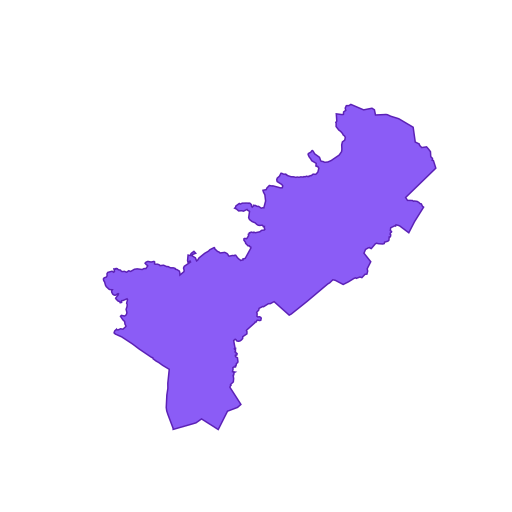 Zvirgzdenes pag., Ciblas, Latvia, rotated 121°
{"feature_id": "27541924B83087939381555", "entity_name": "Zvirgzdenes pag.", "entity_type": "district", "adm_level": 2, "iso_a3": "LVA", "parent_name": "Latvia", "parent_adm1": "Ciblas", "projection": "orthographic", "projection_center": [27.712, 56.569], "detail": "fine", "context": "isolated", "style": "filled", "palette": "violet", "viewbox_px": 512, "rotation_deg": 121, "n_neighbors": 0, "source": "geoboundaries", "source_scale": "gbopen_adm2", "svg_char_len": 6124}
<svg xmlns="http://www.w3.org/2000/svg" viewBox="0 0 512 512"><g transform="rotate(121 256 256)"><path d="M76.3,178.2L64.7,187.6L64.8,203.9L65.0,205.2L66.8,212.5L67.2,216.1L67.7,217.4L73.6,226.2L69.7,229.8L69.6,232.7L75.3,239.0L77.2,252.8L79.2,253.8L80.6,256.0L83.3,255.7L84.9,254.1L87.4,255.1L89.6,254.0L90.5,255.1L92.8,260.4L98.8,256.2L100.4,256.4L100.9,255.7L103.8,254.0L105.4,249.9L105.6,247.7L106.5,244.8L107.3,243.7L107.5,242.0L108.4,240.5L111.0,239.6L113.7,240.7L116.6,239.8L120.2,237.4L122.5,236.4L126.7,236.7L135.4,240.7L138.4,242.8L140.3,245.3L140.5,247.3L141.1,248.6L141.1,249.5L138.7,252.4L138.2,258.3L136.7,261.1L136.6,262.1L136.9,262.3L138.8,262.5L141.2,263.9L142.2,263.6L143.6,261.6L144.8,258.7L145.6,257.4L145.6,252.1L148.0,251.0L148.1,250.5L147.6,250.2L147.5,249.0L148.1,248.3L148.3,247.4L152.2,246.2L154.8,246.7L155.4,247.1L156.4,249.2L158.8,250.1L159.2,251.0L160.7,251.6L160.6,252.0L161.3,252.6L161.5,253.7L162.9,254.8L163.2,255.8L164.0,256.2L165.2,258.5L166.4,259.6L167.1,261.4L168.1,262.3L168.7,264.4L170.0,266.8L170.9,270.7L170.8,271.4L170.5,271.6L170.8,272.3L170.5,272.7L171.6,274.3L171.9,276.7L172.2,277.2L175.5,277.0L178.3,277.9L180.0,277.5L181.3,276.2L181.4,271.0L181.6,270.3L182.1,269.2L183.9,268.6L184.9,269.8L187.2,277.8L187.6,278.0L188.7,280.9L192.2,281.7L193.8,281.4L196.1,283.9L197.4,282.5L199.0,279.9L203.9,276.1L210.7,274.1L210.8,274.7L212.3,276.1L212.1,279.3L212.6,280.0L213.1,281.4L212.9,281.8L213.1,283.0L213.6,283.3L213.8,284.3L214.8,284.0L216.1,284.4L215.6,285.6L214.4,286.4L213.9,288.1L214.2,289.3L214.7,289.6L215.2,290.9L217.8,295.0L219.6,296.2L219.6,297.4L223.4,299.0L225.0,298.6L226.0,298.9L225.8,296.8L226.3,294.1L224.5,291.5L224.0,289.8L220.7,287.7L221.1,286.7L221.1,284.5L227.0,282.0L228.1,280.3L228.5,277.1L228.0,273.7L228.5,271.7L228.5,270.0L227.9,268.5L226.4,266.6L226.5,265.7L227.1,264.8L226.4,264.0L227.3,263.6L228.8,262.1L229.6,262.4L231.1,264.4L233.3,265.2L236.5,268.7L236.6,270.1L237.4,270.4L237.9,272.3L239.5,273.6L239.9,273.2L241.3,273.8L242.5,272.8L245.7,272.9L246.1,273.1L246.7,274.7L247.4,275.2L248.6,274.6L249.8,271.9L250.5,271.4L251.4,267.9L250.7,267.3L250.7,266.8L251.2,266.1L251.0,265.1L251.7,264.5L263.6,264.0L265.3,265.7L265.9,265.1L267.8,266.9L267.5,267.6L267.4,269.5L266.9,271.2L265.8,273.8L266.1,274.5L266.8,274.7L267.7,276.5L269.7,278.6L270.0,279.4L269.0,281.3L268.8,282.3L269.0,284.7L271.9,288.3L271.6,289.8L271.9,291.3L271.1,295.0L270.3,295.8L270.3,296.2L274.4,298.8L276.2,299.2L280.2,301.4L287.1,303.9L289.8,303.9L290.8,304.4L288.8,307.0L288.7,311.1L287.3,311.1L284.7,309.1L284.0,311.6L286.9,312.8L287.9,312.9L289.3,312.3L290.2,314.7L295.2,312.3L296.3,311.2L294.3,309.9L294.9,309.0L301.8,312.2L303.7,311.9L305.3,310.2L306.6,309.7L311.5,311.4L309.2,313.0L308.4,314.0L308.4,317.1L308.9,318.2L308.3,318.8L308.6,320.5L310.2,323.3L310.3,325.8L311.1,327.2L311.5,330.5L313.7,333.3L313.4,334.0L313.5,335.2L313.8,336.4L314.8,337.8L315.0,338.9L313.3,339.8L313.2,340.7L315.2,342.8L316.3,345.9L317.9,347.1L319.3,347.4L320.0,345.3L319.9,344.1L320.3,343.7L323.5,343.9L324.4,345.5L326.2,346.6L328.2,351.2L330.0,353.4L333.8,355.5L334.2,357.5L336.6,358.6L336.9,360.9L337.9,362.1L338.4,363.1L338.2,364.4L337.9,364.9L338.7,367.0L338.3,368.2L338.6,369.2L338.9,369.1L339.3,370.0L339.7,369.8L340.3,371.1L342.0,369.4L343.2,369.6L343.2,371.6L346.4,374.6L348.0,374.6L349.5,373.5L351.1,373.4L352.9,374.9L354.3,375.0L355.7,373.7L355.9,372.8L358.7,369.8L359.4,368.5L360.2,364.7L360.0,363.8L358.9,361.7L360.4,361.7L361.3,361.1L362.5,359.1L362.6,357.8L362.4,356.9L361.8,356.1L359.7,355.2L359.2,354.8L359.2,354.4L360.4,354.1L364.5,354.6L365.3,353.0L365.3,351.8L365.7,351.1L365.3,349.4L366.0,348.3L365.0,347.3L363.9,348.2L363.4,348.1L362.7,347.1L359.1,344.5L359.6,343.6L363.1,342.6L363.9,341.4L365.8,340.5L368.6,339.9L370.9,337.6L372.2,337.1L373.9,337.1L375.2,337.8L376.2,340.8L377.5,341.1L379.3,337.2L379.8,334.9L381.9,333.2L382.7,331.8L383.5,331.2L387.3,332.4L388.1,334.6L390.3,336.1L391.1,337.7L390.8,337.9L392.9,338.5L394.7,338.2L395.2,337.7L395.1,336.9L395.4,336.5L394.5,329.4L395.0,316.8L395.9,308.3L396.7,293.2L396.3,292.2L397.1,291.3L397.5,287.5L397.4,284.5L397.8,279.8L397.8,272.0L410.4,266.1L414.8,263.4L421.1,260.8L432.1,254.9L434.7,252.8L437.3,249.8L446.3,238.4L447.3,237.7L429.9,221.5L423.7,218.8L424.2,199.0L403.7,200.5L395.2,193.8L391.0,192.5L382.0,210.7L380.8,211.1L379.8,210.8L379.3,211.6L375.6,210.6L372.6,212.0L370.1,214.1L369.9,213.8L368.3,214.2L367.6,215.0L366.3,214.2L367.2,216.6L364.8,217.4L363.6,218.3L362.8,218.0L361.7,216.5L360.7,217.1L360.4,216.6L358.2,217.4L356.8,216.8L355.8,217.1L352.8,219.5L352.9,221.2L352.3,222.3L351.6,222.5L350.9,221.5L349.5,221.8L349.3,222.5L349.6,222.8L349.0,223.6L349.0,224.6L348.2,224.6L346.8,225.4L347.0,226.2L346.8,226.6L345.8,226.2L346.0,226.8L345.3,226.9L340.0,231.6L338.1,231.0L338.0,230.1L338.7,228.9L338.2,227.2L337.1,226.0L335.6,225.3L333.7,224.9L332.0,225.8L327.4,223.7L325.5,224.8L324.9,225.8L324.2,225.8L313.8,222.6L313.2,222.8L312.5,221.9L310.6,222.0L310.1,221.4L309.4,219.5L308.6,218.8L306.6,219.5L306.2,220.2L306.2,221.6L307.3,223.1L307.2,224.1L304.9,225.3L304.0,226.4L301.0,225.8L299.3,226.4L295.8,224.2L295.6,223.4L290.5,220.8L289.5,219.2L285.8,217.0L289.6,197.1L287.6,195.9L269.0,189.0L243.0,180.1L241.0,179.0L236.8,177.9L236.0,175.5L235.5,166.6L230.6,163.5L224.6,160.4L223.4,159.4L223.5,158.5L220.5,156.1L220.0,154.1L215.5,153.1L214.4,151.6L211.4,152.5L209.7,154.1L201.8,154.7L198.0,164.9L194.0,165.5L191.1,163.9L190.2,162.9L190.5,162.1L190.3,161.0L184.2,160.0L183.0,159.3L182.4,157.4L180.4,153.5L179.3,152.5L177.9,152.9L175.4,150.6L174.0,150.2L171.1,151.6L170.8,150.9L169.5,150.9L168.3,151.6L168.3,152.2L167.2,152.7L165.7,152.2L165.1,152.5L165.0,154.0L162.4,155.1L158.4,152.4L158.5,151.8L158.3,151.7L157.1,152.0L156.5,149.8L156.2,148.5L157.4,137.0L144.9,137.8L127.8,137.5L127.6,139.0L126.2,141.1L126.6,142.5L126.2,143.9L126.2,146.0L127.3,148.6L127.9,149.1L127.9,150.6L130.3,154.8L128.8,157.9L88.1,147.1L82.9,153.0L83.2,154.3L82.1,154.5L81.4,155.1L81.0,156.9L80.5,157.6L76.7,160.2L75.6,162.9L74.6,166.0L77.7,169.8L76.9,172.7L75.9,173.8L76.3,178.2Z" fill="#8b5cf6" stroke="#5b21b6" stroke-width="1.5"/></g></svg>